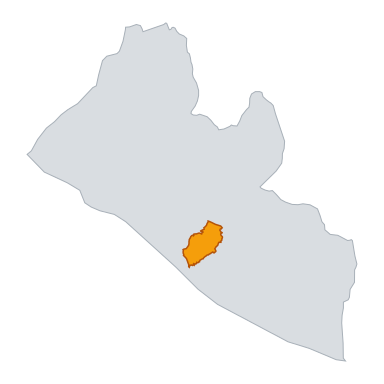 location of Central Rivercess, River Cess, Liberia
{"feature_id": "62588387B65596489935901", "entity_name": "Central Rivercess", "entity_type": "district", "adm_level": 2, "iso_a3": "LBR", "parent_name": "Liberia", "parent_adm1": "River Cess", "projection": "orthographic", "projection_center": [-9.304, 5.8], "detail": "fine", "context": "in_parent", "style": "filled", "palette": "amber", "viewbox_px": 384, "rotation_deg": 0, "n_neighbors": 0, "source": "geoboundaries", "source_scale": "gbopen_adm2", "svg_char_len": 4055}
<svg xmlns="http://www.w3.org/2000/svg" viewBox="0 0 384 384"><path d="M27.1,154.4L31.4,150.8L37.7,139.3L46.4,128.1L54.6,121.6L61.1,114.8L67.9,109.6L77.7,103.6L92.8,87.6L96.3,85.8L98.7,74.7L102.5,60.6L106.8,56.2L117.0,53.6L119.4,51.2L123.0,41.3L125.4,29.7L125.6,27.2L129.6,26.9L136.4,24.5L140.4,25.6L142.1,28.9L143.0,31.7L163.8,24.5L165.6,23.0L166.7,23.3L169.3,29.8L170.8,29.4L172.1,27.5L173.4,27.3L175.1,28.2L176.7,31.3L179.3,34.0L183.8,35.9L186.7,38.5L186.4,45.5L187.4,52.2L189.4,53.8L190.4,57.8L191.0,62.2L192.0,64.6L192.8,69.0L192.4,73.8L193.2,77.2L196.5,83.0L198.6,90.4L198.6,95.6L197.4,101.0L195.2,106.0L191.3,111.5L191.0,113.6L193.3,115.0L196.8,115.3L199.7,114.2L207.1,116.7L210.9,120.3L214.3,124.7L217.4,127.0L218.7,129.8L224.0,129.0L230.0,126.3L231.3,125.0L233.1,125.7L237.0,126.0L239.7,121.1L241.9,115.5L246.6,109.5L249.0,107.2L249.6,103.3L249.8,98.3L251.5,94.0L255.4,91.6L259.6,91.6L261.9,92.5L263.0,96.7L266.4,99.9L269.3,102.1L270.8,103.0L273.2,105.5L275.5,113.9L284.6,141.2L284.1,148.7L282.4,153.6L282.3,158.4L281.7,163.2L276.2,171.0L260.0,186.9L261.3,188.3L265.2,190.1L269.1,191.1L272.4,190.6L276.4,194.6L280.8,199.6L285.5,202.1L292.1,204.4L298.0,204.7L303.0,203.8L310.0,204.8L317.5,208.9L320.1,215.7L321.9,221.7L324.5,224.7L324.9,229.8L330.2,234.4L337.8,235.3L347.6,240.5L350.1,240.2L351.2,239.6L352.4,240.6L354.9,255.9L356.9,264.0L355.9,267.3L354.6,269.9L354.5,282.3L350.1,289.4L349.4,297.3L348.2,299.8L343.4,302.1L343.4,308.0L342.1,315.3L341.7,323.0L343.1,343.1L343.3,358.1L345.5,361.0L336.2,359.7L309.0,348.3L288.0,341.8L217.6,304.4L198.1,289.3L175.6,266.9L125.7,221.7L114.3,214.4L100.0,210.8L91.1,207.0L84.8,202.8L79.8,190.3L67.3,182.8L44.3,172.1L27.1,154.4Z" fill="#d9dde1" stroke="#a8b0b8" stroke-width="1"/><path d="M215.8,247.2L215.9,246.9L217.7,245.4L217.8,245.0L218.0,244.4L218.5,243.0L218.8,242.4L220.5,242.3L220.9,242.3L220.9,241.9L220.6,241.3L221.4,240.7L221.9,240.0L221.8,238.9L222.4,237.8L222.4,237.7L222.4,237.3L222.4,237.1L222.4,236.8L221.9,236.2L221.2,235.6L220.7,234.4L220.9,233.7L220.9,233.3L221.0,233.2L221.3,233.2L221.8,233.1L222.0,233.0L222.1,232.6L221.9,232.5L221.3,232.3L221.0,232.1L220.7,231.4L220.5,231.1L220.0,230.6L219.9,230.5L219.9,229.9L220.2,229.2L220.6,228.9L221.1,228.9L221.1,228.7L221.6,228.4L222.2,227.8L221.5,226.9L220.7,226.0L215.3,224.3L215.1,224.2L211.7,222.5L211.6,222.4L210.9,222.2L210.5,222.0L210.4,221.9L208.7,221.2L208.1,221.0L208.1,221.4L208.0,222.1L207.4,223.0L206.8,224.2L206.8,224.3L206.5,225.3L205.1,226.8L204.0,227.7L204.1,227.8L204.1,228.7L204.2,229.2L203.4,229.5L202.3,230.1L202.0,230.2L201.6,230.4L201.1,230.6L200.7,231.0L201.0,231.4L201.8,231.4L202.8,231.7L202.9,232.3L201.7,233.1L201.6,233.9L200.3,233.4L199.5,233.1L198.8,233.1L197.6,233.5L197.0,233.7L196.5,233.9L196.1,233.9L195.9,233.9L195.4,233.9L194.6,234.0L194.1,234.0L193.7,234.3L193.8,235.5L193.5,235.8L193.0,235.3L192.4,235.3L191.7,235.7L190.8,236.6L190.6,237.1L190.0,238.4L189.9,238.5L189.3,239.4L189.1,241.0L189.0,241.3L189.0,243.0L189.0,243.4L188.7,245.1L187.9,246.4L187.0,247.6L186.5,248.3L186.3,248.6L186.1,248.6L185.5,248.8L183.9,249.1L183.6,249.3L182.5,249.8L183.0,249.8L183.3,250.2L183.4,250.6L183.2,251.4L183.1,251.9L183.2,252.9L183.3,253.5L183.7,254.2L183.7,254.8L183.5,255.5L184.7,256.6L185.0,257.0L185.7,257.7L186.5,258.7L187.4,261.1L187.8,262.2L187.8,262.3L188.6,264.4L188.8,265.2L188.7,266.0L188.7,266.7L189.3,267.3L189.6,266.4L189.6,266.2L189.7,265.7L190.1,265.2L191.2,265.2L191.6,265.0L192.7,265.5L193.4,265.1L193.4,264.5L193.4,264.1L193.7,263.6L194.3,264.0L194.5,264.9L195.3,263.8L195.5,263.8L196.2,263.8L196.5,263.4L196.7,262.4L197.4,262.7L198.2,262.6L198.6,262.2L198.9,261.7L199.5,261.8L199.9,260.3L201.8,259.2L202.5,258.8L203.2,258.8L203.6,257.9L204.9,256.7L206.2,255.9L206.4,255.7L207.0,255.1L207.7,254.9L208.4,254.9L208.9,254.5L209.3,254.0L210.6,253.6L211.2,252.9L211.9,252.6L212.6,252.0L213.3,252.3L213.5,252.7L214.1,252.9L214.9,252.2L215.6,251.7L215.9,251.2L215.8,250.6L215.2,249.5L214.8,248.8L215.0,248.5L215.2,248.1L215.7,247.6L215.8,247.2Z" fill="#f59e0b" stroke="#b45309" stroke-width="1.5"/></svg>